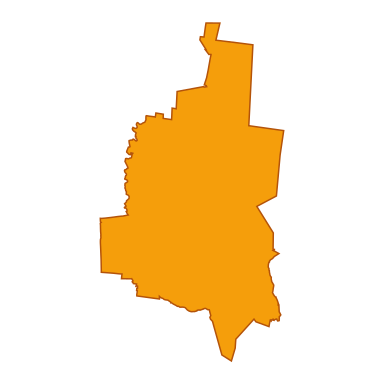 the district of Tepezalá, Aguascalientes, Mexico
{"feature_id": "50627088B35314322738338", "entity_name": "Tepezalá", "entity_type": "district", "adm_level": 2, "iso_a3": "MEX", "parent_name": "Mexico", "parent_adm1": "Aguascalientes", "projection": "natural_earth1", "projection_center": [-102.215, 22.244], "detail": "fine", "context": "isolated", "style": "filled", "palette": "amber", "viewbox_px": 384, "rotation_deg": 0, "n_neighbors": 0, "source": "geoboundaries", "source_scale": "gbopen_adm2", "svg_char_len": 5626}
<svg xmlns="http://www.w3.org/2000/svg" viewBox="0 0 384 384"><path d="M121.5,278.7L123.1,278.7L128.9,278.8L131.5,278.8L131.7,278.7L132.2,279.6L132.7,280.2L133.0,280.9L132.2,281.8L132.4,282.1L132.8,282.5L133.3,283.2L133.4,283.6L136.6,284.0L136.5,284.5L136.3,285.2L136.0,286.2L136.3,286.1L136.9,286.0L137.3,286.0L137.6,286.1L137.5,288.3L136.8,288.3L136.6,290.5L137.3,290.7L137.1,292.6L137.0,293.3L136.8,294.2L136.8,295.9L137.3,296.0L138.1,296.1L159.4,299.0L159.4,296.4L160.4,297.4L161.0,297.8L163.0,298.5L164.2,299.5L165.3,299.8L168.0,300.2L168.9,300.9L170.8,302.2L170.8,302.6L171.0,302.5L173.6,304.2L176.0,305.4L177.3,306.3L178.3,306.3L178.6,306.3L179.7,307.1L180.8,307.2L181.8,307.1L183.0,307.1L184.5,307.4L185.4,307.8L186.8,309.4L187.4,310.0L187.9,310.3L189.2,311.1L191.2,311.7L193.3,311.6L194.2,311.5L194.7,311.6L194.9,311.5L195.1,311.4L195.4,311.3L195.6,311.3L196.0,311.2L196.5,311.0L196.7,310.9L196.8,310.7L197.0,310.8L197.1,310.7L197.3,310.5L197.4,310.3L197.5,310.2L198.0,310.1L198.4,310.1L198.6,310.0L198.9,310.0L199.1,309.9L199.3,310.0L199.8,310.1L200.0,310.2L200.7,309.9L200.8,309.8L201.0,309.7L201.4,309.7L201.6,309.7L201.8,309.6L202.0,309.5L202.1,309.4L202.3,309.4L202.6,309.3L202.8,309.2L203.3,309.1L203.4,308.8L203.6,308.8L203.8,308.8L204.0,308.7L204.3,308.5L204.8,308.5L205.0,308.5L205.3,308.4L205.5,308.4L205.8,308.5L206.2,308.7L206.6,309.0L207.0,309.2L207.2,309.3L207.3,309.5L207.6,309.6L207.9,309.7L208.4,309.7L209.3,309.8L209.6,311.0L209.8,312.0L210.8,315.6L209.9,317.3L210.5,319.2L212.5,321.3L212.7,322.0L213.6,325.4L221.9,355.0L231.4,361.0L235.2,348.1L235.8,339.2L254.0,319.1L255.9,321.8L269.0,326.6L269.6,323.1L270.2,320.4L271.1,321.0L271.1,319.8L273.3,320.2L272.9,319.6L273.1,319.2L273.8,320.0L274.1,320.2L275.4,319.3L276.7,319.0L277.2,320.1L277.3,320.5L277.8,321.0L279.2,320.6L279.3,317.8L279.3,316.7L279.6,316.5L280.4,315.5L280.6,315.2L280.8,314.9L279.4,312.1L279.2,311.9L279.2,311.7L278.9,305.1L278.4,305.1L278.4,305.3L278.2,305.8L278.2,304.0L278.5,304.0L277.2,300.1L276.1,297.8L276.0,297.1L275.5,297.1L274.2,295.7L272.5,292.7L272.9,291.0L273.2,288.7L273.7,285.9L273.7,285.0L271.7,281.5L271.6,281.3L271.6,281.0L271.6,280.6L271.3,279.6L271.2,278.6L271.2,277.9L271.3,277.2L270.9,276.8L270.5,276.2L269.9,274.8L269.7,273.3L269.4,272.1L269.4,271.0L269.4,270.7L269.0,270.1L269.0,268.7L268.3,267.3L268.2,266.6L268.3,266.2L268.3,264.9L268.7,263.0L268.9,262.3L269.4,262.1L269.6,261.0L270.5,259.8L272.5,258.6L274.3,256.5L278.9,253.6L274.5,251.1L273.1,250.5L273.3,250.4L273.5,250.3L273.6,250.2L273.9,250.0L274.1,249.9L274.2,249.7L274.4,249.6L274.4,249.4L274.0,249.4L273.6,249.4L273.1,249.2L273.3,232.9L256.8,206.4L276.4,196.0L280.1,155.1L283.7,130.6L248.8,125.7L252.9,44.8L243.6,43.6L238.9,43.0L215.9,40.2L219.9,23.1L206.0,23.0L205.4,26.8L204.0,37.0L200.4,36.7L199.9,39.9L206.1,49.7L205.3,49.7L208.7,54.2L208.9,54.5L210.1,54.4L211.0,54.5L210.8,55.8L210.4,57.5L208.2,70.0L206.6,77.8L204.3,84.8L206.3,85.7L206.7,86.7L204.1,87.1L203.7,86.6L177.1,91.5L176.2,108.8L174.2,108.4L172.1,108.1L171.8,115.6L171.6,119.6L163.2,118.4L163.3,114.2L161.5,113.9L159.7,113.6L155.9,113.0L155.3,117.0L153.7,116.7L149.6,116.2L146.5,115.7L146.0,116.0L145.9,118.4L146.0,119.6L144.9,122.1L144.6,122.3L142.6,123.1L141.5,124.0L139.8,124.3L139.4,124.1L138.2,122.9L137.9,122.8L137.3,122.6L137.0,122.9L136.5,123.8L136.4,124.8L136.9,125.9L137.2,126.7L137.2,127.3L136.5,128.2L136.0,128.4L135.7,128.4L134.9,128.3L134.2,128.0L133.0,127.4L132.4,128.5L132.5,129.5L132.6,129.8L133.6,131.0L134.1,131.4L135.1,132.0L136.2,133.0L135.8,133.8L135.5,134.7L135.4,136.5L136.0,136.5L135.9,138.1L137.0,139.3L137.1,140.5L136.1,141.0L133.7,139.2L133.1,139.1L132.4,140.0L130.8,140.1L129.1,140.6L129.0,140.9L129.2,142.9L130.0,146.6L129.7,147.0L128.4,147.1L126.7,151.3L126.7,152.1L129.1,154.5L130.5,154.7L131.0,152.8L132.8,153.3L132.0,154.5L131.9,155.6L131.5,157.3L131.4,157.6L131.2,157.8L130.9,158.0L129.9,158.1L128.4,158.9L128.2,158.9L127.0,158.5L126.0,158.5L125.7,158.6L125.4,159.2L125.5,160.2L125.4,160.4L125.0,161.0L125.0,161.4L125.1,161.8L125.5,162.3L125.9,163.3L126.8,165.0L127.9,167.4L128.0,168.1L127.7,168.4L127.0,168.5L126.1,169.5L124.9,169.8L124.5,170.4L124.6,170.7L124.6,171.3L124.8,171.9L125.4,172.8L126.1,173.5L126.4,174.0L126.4,174.4L126.4,175.0L126.2,175.4L125.7,175.7L125.6,176.0L125.5,176.3L125.3,176.8L125.3,177.1L125.3,177.5L125.0,178.2L124.9,178.3L124.8,178.5L124.8,178.9L124.8,179.0L125.0,179.3L125.8,179.5L126.4,179.6L126.8,179.8L126.9,180.0L127.0,180.2L127.3,180.6L127.5,180.8L127.7,181.1L127.5,181.8L127.4,181.9L126.6,182.5L125.9,182.9L125.2,183.3L125.1,183.5L124.9,184.1L125.0,184.4L125.0,185.1L124.9,185.4L124.9,185.5L125.0,185.8L125.2,186.6L125.2,187.0L125.0,187.6L124.9,188.0L125.4,188.8L125.5,189.0L125.5,189.5L125.7,190.4L125.8,190.8L126.4,191.6L126.4,191.8L126.3,193.3L126.3,194.3L126.5,194.4L126.9,194.6L127.6,194.8L128.0,195.1L129.1,196.3L129.2,196.6L129.1,197.0L129.1,198.0L128.9,198.6L128.3,199.2L126.5,200.8L126.5,201.3L126.3,202.0L125.7,202.7L124.6,203.7L125.2,204.7L126.0,206.0L125.9,206.4L125.6,206.8L124.8,207.0L124.4,207.5L124.6,208.0L125.4,208.0L126.1,208.4L126.2,208.5L126.9,209.6L127.0,210.2L126.9,211.3L126.2,211.5L127.1,213.4L128.2,215.0L122.8,216.1L120.9,216.2L117.3,216.6L113.8,217.1L110.6,217.5L105.4,218.1L101.6,218.4L100.3,218.3L100.4,221.3L100.7,222.0L100.9,222.3L101.1,222.4L100.3,223.2L100.5,225.8L100.5,227.3L100.6,231.3L100.9,235.1L100.8,235.4L100.9,237.9L100.5,239.3L100.4,240.8L100.4,241.4L100.4,242.8L100.6,246.8L101.1,259.6L101.3,270.1L101.3,272.3L109.3,272.9L113.2,273.2L117.0,273.6L118.7,273.8L120.2,273.9L122.0,274.0L121.7,276.6L121.5,278.7Z" fill="#f59e0b" stroke="#b45309" stroke-width="1.5"/></svg>